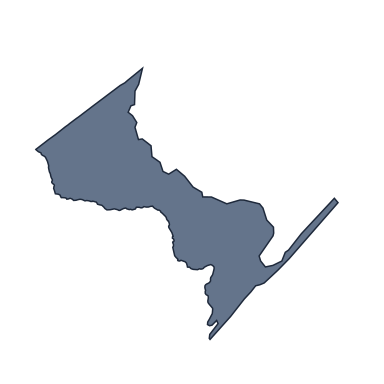 outline of Escambia, Florida, United States of America, rotated 323°
{"feature_id": "52423323B97123089850170", "entity_name": "Escambia", "entity_type": "district", "adm_level": 2, "iso_a3": "USA", "parent_name": "United States of America", "parent_adm1": "Florida", "projection": "mercator", "projection_center": [-87.428, 30.64], "detail": "fine", "context": "isolated", "style": "filled", "palette": "slate", "viewbox_px": 384, "rotation_deg": 323, "n_neighbors": 0, "source": "geoboundaries", "source_scale": "gbopen_adm2", "svg_char_len": 3546}
<svg xmlns="http://www.w3.org/2000/svg" viewBox="0 0 384 384"><g transform="rotate(323 192 192)"><path d="M93.0,64.0L92.9,64.0L92.9,64.6L93.6,67.5L94.6,69.2L94.9,70.2L94.4,71.2L94.4,71.6L94.7,72.8L95.4,74.1L95.9,75.9L95.0,80.5L93.6,84.2L93.1,85.1L92.4,85.7L91.8,86.7L90.2,90.2L90.1,91.1L89.5,93.0L89.0,93.8L88.2,95.9L88.0,97.5L87.7,98.5L86.2,99.4L85.8,99.9L85.7,101.3L86.2,102.6L86.2,103.5L85.8,104.2L85.1,104.5L83.5,106.1L83.4,107.0L81.8,111.2L83.9,113.3L84.5,114.4L84.8,115.4L84.4,116.3L84.2,117.7L84.6,118.2L85.2,118.5L87.3,120.4L87.9,121.6L87.7,122.4L89.2,123.2L90.8,123.6L91.5,124.6L92.1,125.8L92.4,127.5L94.4,128.8L96.3,129.5L98.2,130.4L99.7,131.9L101.2,134.7L102.4,135.2L103.6,136.2L104.9,137.6L105.1,138.3L106.5,139.5L107.1,139.5L107.4,139.8L109.5,142.5L109.4,144.1L109.2,144.9L110.4,146.5L112.0,148.3L112.1,148.7L112.5,151.1L112.5,152.8L113.3,155.1L116.1,157.0L119.8,158.7L121.8,161.2L122.7,162.9L124.1,163.5L124.4,163.4L127.4,164.0L129.2,164.8L129.6,165.3L129.7,166.1L131.3,168.3L132.5,168.8L133.3,170.1L133.7,170.4L136.6,171.5L138.3,170.7L139.0,171.1L140.8,172.6L141.2,173.3L141.9,174.1L143.1,174.7L144.8,174.7L146.5,176.6L148.2,177.8L150.2,178.5L152.0,179.6L152.1,180.0L152.0,180.8L152.4,182.6L153.9,186.0L154.1,186.0L155.0,187.0L155.3,188.4L155.0,189.2L155.4,190.7L156.1,195.4L156.1,196.8L155.9,197.4L155.5,198.1L155.3,200.1L155.3,200.4L155.7,200.8L155.7,201.0L155.0,203.3L154.4,204.4L153.8,204.9L152.8,205.2L152.1,206.5L151.5,212.3L150.3,216.0L149.7,215.9L149.2,216.3L148.5,217.2L148.5,217.3L148.9,217.9L149.0,218.5L148.4,220.1L147.7,220.5L147.3,220.6L147.1,220.3L147.0,220.2L146.2,220.7L145.6,222.8L144.5,224.2L143.4,224.5L139.8,232.5L139.9,234.9L140.3,236.9L140.3,237.2L139.9,237.3L139.6,237.7L139.5,237.9L139.5,238.5L140.4,239.5L140.9,239.8L141.9,239.8L142.4,240.3L144.6,243.7L144.8,245.4L144.0,247.6L143.2,249.2L143.5,249.6L144.4,250.2L144.8,250.6L145.1,252.7L146.4,254.5L149.7,257.4L151.7,257.8L152.7,259.0L154.2,259.7L155.1,259.8L156.6,259.5L160.0,260.0L163.2,261.2L163.8,262.0L164.3,263.5L164.5,264.8L164.0,266.0L163.0,267.0L159.7,269.7L159.0,270.2L158.4,270.6L155.5,271.6L154.5,272.5L153.6,273.8L153.1,274.3L151.4,274.8L150.1,274.7L148.3,274.3L147.2,274.3L146.1,274.6L145.1,275.6L144.7,276.2L144.4,276.8L143.6,278.8L142.7,279.4L141.6,280.9L141.5,282.0L141.6,282.7L142.3,284.3L142.3,284.8L141.3,286.4L139.1,288.5L138.4,289.6L138.2,290.4L138.2,292.1L138.5,297.1L138.1,297.9L135.7,300.6L134.8,301.5L134.2,301.7L129.2,304.1L126.3,305.3L124.6,307.2L125.6,309.4L127.8,310.4L134.4,309.4L133.6,312.8L120.5,316.4L117.7,319.3L117.7,320.6L148.1,314.6L169.4,308.9L178.9,307.2L186.4,305.2L190.3,306.9L194.9,308.1L213.8,306.1L229.5,303.7L302.2,288.4L301.9,282.7L254.3,291.1L234.1,296.5L230.2,296.3L222.2,301.2L212.4,299.3L205.5,296.0L205.3,288.4L207.1,283.5L230.3,275.8L232.5,274.0L235.9,269.1L234.8,259.4L239.0,247.5L238.8,242.1L228.7,229.8L225.6,227.3L212.7,222.4L204.5,207.7L197.6,202.4L199.7,198.1L195.8,188.7L195.6,175.0L193.2,164.5L184.1,163.7L181.2,158.1L184.3,149.0L181.3,139.7L187.1,130.4L184.2,119.7L180.8,117.9L185.4,106.0L189.7,103.3L190.4,95.3L189.0,89.9L195.1,86.4L198.7,87.6L207.2,77.1L214.2,73.9L226.9,63.4L208.1,64.1L206.6,64.2L204.1,64.4L198.8,63.7L198.6,63.7L198.2,63.7L197.9,63.7L197.4,63.8L197.1,63.7L195.5,63.7L188.4,63.7L187.7,63.7L184.5,63.7L183.7,63.7L181.2,63.7L174.5,63.7L167.8,63.7L165.2,63.7L164.1,63.7L146.2,63.8L144.2,63.7L138.8,63.7L137.0,63.7L136.1,63.7L135.2,63.7L133.6,63.8L129.9,63.7L129.6,63.7L117.4,64.0L108.4,63.8L101.4,63.9L93.0,64.0Z" fill="#64748b" stroke="#1e293b" stroke-width="1.5"/></g></svg>